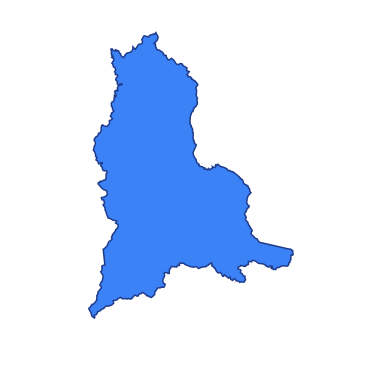 Pacaraima, Roraima, Brazil (Albers equal-area conic projection), rotated 194°
{"feature_id": "56859067B85330380756013", "entity_name": "Pacaraima", "entity_type": "district", "adm_level": 2, "iso_a3": "BRA", "parent_name": "Brazil", "parent_adm1": "Roraima", "projection": "albers", "projection_center": [-60.858, 4.166], "detail": "fine", "context": "isolated", "style": "filled", "palette": "blue", "viewbox_px": 384, "rotation_deg": 194, "n_neighbors": 0, "source": "geoboundaries", "source_scale": "gbopen_adm2", "svg_char_len": 6070}
<svg xmlns="http://www.w3.org/2000/svg" viewBox="0 0 384 384"><g transform="rotate(194 192 192)"><path d="M265.7,337.9L266.3,336.3L267.0,336.3L271.2,333.6L271.5,331.9L275.9,332.0L276.6,331.6L277.6,327.6L276.2,326.0L276.6,323.6L279.5,322.3L281.5,316.6L284.4,318.6L284.0,316.5L284.4,314.0L285.9,312.5L288.8,311.0L290.2,308.5L290.7,306.0L293.0,306.5L294.6,308.0L294.6,308.7L296.5,309.6L297.1,311.0L300.3,311.5L299.8,310.7L301.6,310.2L303.4,310.8L304.1,311.5L305.3,311.0L303.8,308.2L303.9,306.7L302.9,305.8L302.9,304.7L301.5,304.7L301.2,304.2L302.3,303.1L300.1,302.3L299.7,301.5L300.9,297.5L299.9,297.0L298.4,294.3L296.9,294.1L295.9,292.6L295.5,292.0L296.2,290.0L295.0,288.7L294.8,287.4L292.9,287.8L292.1,286.6L293.3,283.8L293.1,282.3L291.2,281.1L290.5,278.5L289.7,278.1L286.3,280.1L285.9,279.6L288.9,277.3L289.3,276.5L289.6,275.0L288.4,272.2L289.0,271.9L290.0,272.4L291.2,271.4L291.2,270.4L289.5,268.6L288.9,266.5L289.4,265.7L290.6,267.0L290.0,263.2L290.1,260.7L291.3,260.0L291.8,258.4L290.7,255.4L289.6,255.0L289.1,253.0L287.3,251.5L289.3,248.9L288.9,248.1L289.6,246.0L286.9,243.7L287.1,243.0L289.5,241.2L288.5,238.4L290.3,235.0L293.0,234.7L294.9,235.5L295.7,234.8L295.7,232.1L295.0,230.3L295.3,227.3L297.0,226.3L296.7,225.4L297.7,222.7L298.4,222.5L299.6,219.9L299.4,218.4L298.1,217.4L297.3,214.9L297.8,213.1L297.8,208.7L295.9,207.2L294.1,204.0L294.3,203.4L292.4,202.4L292.9,201.3L292.8,199.8L290.7,199.0L289.8,197.1L289.1,196.7L287.8,198.1L286.2,198.8L285.9,198.2L287.0,196.6L287.2,195.7L285.0,194.1L284.2,192.1L283.3,191.4L279.9,191.7L279.0,190.4L279.7,189.0L278.6,183.8L279.7,182.3L280.8,181.9L282.0,180.5L283.3,180.4L284.0,179.7L283.6,179.2L285.1,178.4L285.1,177.2L280.4,173.9L277.8,172.8L277.0,173.0L275.0,172.4L273.4,168.8L275.7,166.1L278.6,164.6L277.3,162.6L276.0,163.0L275.1,162.0L274.2,159.6L275.2,157.9L272.6,155.8L272.0,153.5L270.5,152.0L270.2,150.9L267.2,146.6L263.2,146.1L261.5,145.5L258.2,145.9L257.9,145.2L258.7,143.4L255.9,142.5L255.5,141.0L255.4,139.2L256.9,137.1L257.0,135.3L258.9,131.3L258.7,130.6L259.2,128.6L258.2,126.9L258.5,126.1L260.6,123.8L261.4,119.2L263.2,116.0L264.3,115.0L258.9,100.1L261.2,98.9L261.5,97.7L260.5,95.6L260.8,93.1L261.3,92.5L257.8,89.1L257.6,83.1L258.4,82.5L258.9,79.4L256.9,78.1L256.9,76.9L259.0,72.1L258.7,70.9L259.3,68.0L258.4,66.2L258.7,65.3L258.3,64.7L258.8,62.5L260.6,59.2L261.9,58.8L262.8,55.6L263.9,54.4L263.7,53.4L260.8,50.4L259.2,47.4L256.2,46.1L256.0,47.0L256.8,48.2L256.8,49.1L255.4,49.7L254.6,51.6L254.6,53.0L252.0,54.9L251.4,56.4L249.4,57.6L249.1,59.0L247.3,60.8L245.5,61.0L242.5,63.0L241.1,65.3L242.2,67.5L238.7,69.1L238.0,70.6L236.0,72.4L233.2,71.6L231.0,72.6L229.3,72.4L228.0,73.3L226.5,73.1L224.9,73.6L222.8,77.8L222.0,78.1L220.1,77.7L219.2,78.0L219.2,78.8L218.1,80.5L216.8,81.1L215.6,82.7L211.9,81.4L210.9,80.3L209.2,80.7L208.6,80.1L206.0,79.8L205.4,80.4L203.4,83.4L203.9,85.7L201.9,90.8L199.6,91.3L198.7,92.3L196.2,92.7L195.7,94.7L195.8,96.1L198.0,96.8L199.1,99.7L198.3,104.0L199.3,106.7L197.8,107.7L195.2,107.2L194.5,107.5L195.1,111.4L194.2,113.1L194.2,114.7L188.7,115.5L188.3,117.3L187.0,117.4L186.4,118.1L186.9,119.4L186.0,120.6L184.5,120.3L182.8,120.9L181.0,119.9L175.2,119.2L172.4,119.4L170.3,120.5L168.8,120.4L167.2,119.3L164.3,121.5L160.1,123.1L159.8,124.0L158.6,124.8L158.2,126.0L157.4,126.3L155.9,127.9L155.3,127.1L154.9,125.1L153.3,124.9L152.0,123.6L151.1,123.6L149.7,121.6L147.4,119.9L146.6,119.9L145.2,120.7L144.3,120.4L141.7,117.6L141.1,117.8L140.6,119.4L135.6,117.3L134.6,118.7L133.3,116.6L131.1,116.0L130.6,117.4L129.5,118.2L127.7,116.5L125.0,116.7L123.7,115.8L122.8,116.7L120.3,116.9L119.7,117.2L118.8,119.8L120.2,122.1L120.2,123.2L122.0,123.1L123.5,124.8L125.5,125.5L125.6,127.7L126.0,128.1L126.7,128.5L128.8,128.3L129.0,130.1L127.4,131.4L127.0,132.6L125.1,132.5L124.3,132.9L123.7,132.3L122.0,132.9L121.9,134.0L120.0,135.1L119.7,135.9L120.3,136.7L120.4,138.2L117.2,138.7L117.0,140.1L115.7,140.5L113.3,140.2L110.2,138.9L106.1,139.4L103.4,139.2L102.9,138.3L99.7,137.6L99.0,138.1L98.8,139.0L96.3,139.4L96.0,138.8L97.1,137.6L96.4,137.0L95.1,137.2L94.5,136.5L91.9,137.1L91.8,138.6L90.9,139.4L89.9,139.4L86.7,142.2L81.4,143.2L80.7,144.6L81.0,146.4L80.0,147.3L80.2,148.9L79.7,149.9L80.7,154.6L79.1,155.1L78.7,156.0L79.9,158.0L79.9,159.3L82.5,160.5L84.1,160.1L114.7,159.5L117.6,162.3L119.8,162.4L120.9,163.5L124.0,165.1L124.5,165.8L124.7,167.8L124.2,168.7L124.9,170.2L126.5,170.8L126.7,171.7L129.8,174.6L130.3,175.9L133.1,177.8L133.5,178.3L133.3,180.7L135.3,182.7L135.7,184.3L134.7,186.1L134.6,189.2L133.3,190.6L133.1,192.3L134.0,192.4L136.4,194.8L136.9,199.2L136.6,202.0L134.6,205.6L136.0,206.6L137.0,209.0L137.8,209.3L139.1,211.3L140.0,211.1L140.3,211.8L143.8,212.6L145.6,215.7L146.6,216.3L148.2,216.3L148.1,217.0L150.2,218.3L157.3,221.6L157.9,221.2L160.8,222.0L161.3,221.5L163.2,222.1L163.6,222.9L166.8,223.6L170.5,223.6L173.7,225.2L174.5,224.2L175.6,224.2L175.6,223.4L174.8,223.3L175.8,221.6L176.6,221.1L178.2,221.6L177.6,220.7L179.1,219.4L179.6,218.2L180.4,217.9L181.4,218.7L181.5,217.8L182.2,217.2L182.8,217.9L184.7,217.2L185.3,218.5L186.1,218.4L186.2,217.8L188.0,219.0L190.3,218.7L190.9,219.3L191.7,219.3L191.7,220.5L194.4,221.6L196.1,224.8L197.4,225.6L199.8,228.5L200.5,230.9L199.2,238.3L199.5,239.1L201.1,239.5L201.5,240.7L202.8,241.7L202.4,242.4L203.5,243.4L204.1,245.0L205.2,249.8L206.6,251.8L206.4,252.7L207.4,254.1L208.6,254.9L208.4,255.5L209.1,256.6L210.4,257.5L210.5,259.1L211.0,259.6L211.9,265.0L211.5,269.4L210.4,270.7L210.8,272.1L210.3,272.8L210.2,274.8L209.2,275.3L208.1,279.0L209.6,283.1L209.3,284.0L211.2,286.5L212.2,292.1L213.2,293.4L213.5,294.5L212.3,297.2L212.6,298.0L216.3,300.7L217.6,300.7L218.4,301.5L219.5,301.3L219.9,302.4L221.5,303.4L223.3,302.9L224.1,304.1L225.3,304.4L223.8,308.1L226.7,308.5L226.9,311.2L230.9,312.3L232.8,314.0L234.5,313.8L235.9,312.3L238.3,312.4L241.2,315.3L244.2,316.8L246.0,314.7L247.3,314.6L249.4,316.6L250.0,318.1L250.8,318.3L251.9,317.8L252.9,318.5L253.2,319.6L255.3,320.8L258.4,321.8L260.4,321.6L262.7,324.7L263.3,326.9L264.7,327.0L262.5,330.7L262.3,333.5L262.5,334.4L265.7,337.9Z" fill="#3b82f6" stroke="#1e3a8a" stroke-width="1.5"/></g></svg>